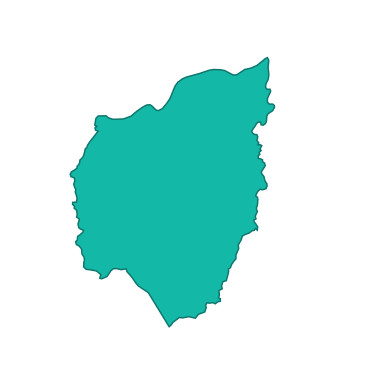 Capão do Leão, Rio Grande do Sul, Brazil, rotated 241°
{"feature_id": "56859067B74187355955260", "entity_name": "Capão do Leão", "entity_type": "district", "adm_level": 2, "iso_a3": "BRA", "parent_name": "Brazil", "parent_adm1": "Rio Grande do Sul", "projection": "equal_earth", "projection_center": [-52.541, -31.849], "detail": "fine", "context": "isolated", "style": "filled", "palette": "teal", "viewbox_px": 384, "rotation_deg": 241, "n_neighbors": 0, "source": "geoboundaries", "source_scale": "gbopen_adm2", "svg_char_len": 2982}
<svg xmlns="http://www.w3.org/2000/svg" viewBox="0 0 384 384"><g transform="rotate(241 192 192)"><path d="M273.0,323.1L273.1,320.6L272.2,316.2L271.2,309.9L271.8,303.6L273.6,297.5L272.8,288.3L273.6,286.0L275.0,284.3L282.3,279.5L285.1,276.2L288.8,270.0L290.2,265.9L292.0,256.0L295.2,242.8L295.6,238.7L295.3,236.2L294.9,232.8L292.7,228.3L284.5,218.2L281.7,212.7L279.3,206.6L279.4,202.4L280.6,200.5L287.3,198.4L288.9,197.3L290.1,194.3L290.1,189.6L289.4,183.0L287.9,175.4L289.1,167.5L293.9,158.1L297.5,154.8L300.3,153.8L304.0,146.8L302.9,143.6L297.5,139.3L295.6,140.6L295.1,138.3L292.9,137.6L290.7,139.4L285.6,127.3L283.5,123.2L282.1,121.9L281.4,119.5L278.9,117.3L276.2,114.7L275.2,113.0L274.3,109.5L272.2,107.9L270.8,106.2L270.3,104.0L268.7,103.1L268.3,100.9L268.1,96.4L266.6,94.1L264.1,93.6L261.5,95.9L258.4,94.9L256.2,92.3L252.5,91.6L250.7,91.7L248.7,89.9L244.8,89.2L242.1,88.4L239.2,85.9L240.8,82.7L239.1,81.5L236.5,82.4L235.1,81.1L231.7,82.2L227.5,80.4L226.1,78.9L223.0,80.4L219.2,76.7L215.6,75.7L213.8,76.4L211.1,78.5L209.7,77.0L209.0,73.7L208.6,70.4L205.6,68.4L205.0,66.2L202.0,65.4L199.9,66.9L196.0,67.8L190.9,65.7L187.5,66.0L184.5,64.9L183.1,63.4L178.9,60.9L175.6,62.0L173.3,65.3L169.4,70.0L167.4,70.9L164.0,72.2L161.3,69.5L159.9,70.9L159.2,76.5L162.6,83.2L163.0,86.3L161.3,89.3L158.6,92.1L156.6,97.2L153.9,96.5L146.8,98.1L142.4,98.5L138.6,98.9L135.8,99.5L125.2,105.0L85.3,106.7L85.8,109.3L87.2,112.0L88.4,120.0L86.5,122.7L84.5,128.7L80.0,133.8L81.9,138.3L80.9,145.0L84.1,148.5L86.1,148.8L87.8,151.1L86.4,153.3L85.0,156.7L82.9,158.2L83.5,161.2L82.7,163.8L85.0,165.1L86.6,163.8L88.3,165.8L90.4,166.8L92.7,167.6L92.7,171.5L95.7,172.4L98.6,175.6L97.8,179.0L100.4,181.5L104.4,185.3L107.0,186.6L107.2,189.0L109.3,191.3L111.2,195.0L112.2,198.0L115.7,200.0L120.0,205.5L123.2,206.7L126.2,211.7L129.0,214.7L129.1,217.7L128.4,222.4L129.0,225.5L128.3,227.9L129.3,229.8L127.0,230.6L129.6,232.5L133.4,232.3L135.8,231.9L137.7,232.7L137.4,234.9L140.1,235.6L141.7,237.5L143.2,239.8L145.2,239.9L146.9,240.7L148.4,242.4L150.9,244.3L153.6,246.0L155.7,246.7L157.6,245.8L159.3,247.7L160.5,249.7L161.5,252.8L159.8,254.6L159.0,258.2L160.7,260.5L162.9,261.5L165.7,261.2L168.1,261.6L170.5,262.4L172.8,262.1L174.8,261.8L176.4,263.0L177.9,266.0L179.5,268.8L182.0,269.5L184.3,268.4L186.0,269.3L187.9,267.9L189.2,266.3L191.4,267.3L192.1,269.6L194.3,270.0L194.7,272.6L196.4,272.2L197.6,273.8L198.7,275.5L200.4,274.5L201.4,272.5L202.7,274.2L205.6,273.7L208.4,276.3L210.7,276.5L212.2,274.4L214.4,273.6L216.3,273.7L217.7,276.3L219.0,279.0L220.3,281.2L221.1,283.6L219.7,285.9L217.2,285.0L215.9,286.7L216.2,289.2L217.4,291.0L219.4,292.5L221.6,293.8L223.4,295.9L223.8,298.9L224.0,302.0L226.2,305.4L228.0,305.9L229.8,305.2L231.3,302.3L234.0,301.5L237.1,303.2L239.1,305.7L240.9,308.4L242.2,309.8L244.2,310.0L245.2,307.6L247.6,307.0L249.9,308.4L251.4,309.9L253.2,312.8L255.8,315.0L258.0,316.4L261.6,317.9L264.4,319.1L267.2,321.2L270.1,323.0L273.0,323.1Z" fill="#14b8a6" stroke="#0f766e" stroke-width="1.5"/></g></svg>